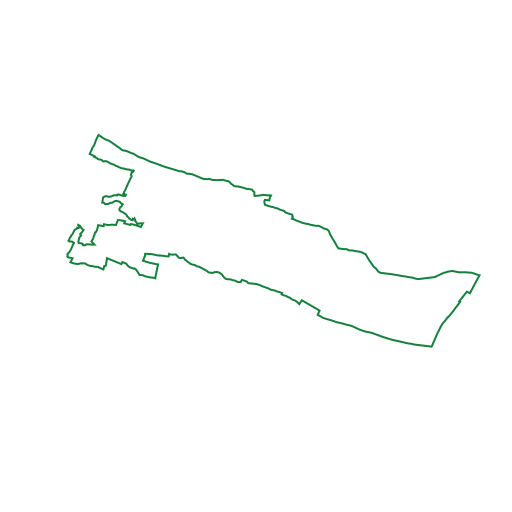 outline of Bogdanita, Vaslui, Romania, rotated 304°
{"feature_id": "2599482B30412636472664", "entity_name": "Bogdanita", "entity_type": "district", "adm_level": 2, "iso_a3": "ROU", "parent_name": "Romania", "parent_adm1": "Vaslui", "projection": "equal_earth", "projection_center": [27.663, 46.443], "detail": "fine", "context": "isolated", "style": "outline", "palette": "green", "viewbox_px": 512, "rotation_deg": 304, "n_neighbors": 0, "source": "geoboundaries", "source_scale": "gbopen_adm2", "svg_char_len": 6084}
<svg xmlns="http://www.w3.org/2000/svg" viewBox="0 0 512 512"><g transform="rotate(304 256 256)"><path d="M344.8,454.2L356.2,452.9L365.0,452.1L364.7,451.5L362.8,444.3L359.4,438.4L356.1,433.6L353.3,426.9L352.2,425.9L350.2,423.7L348.2,422.2L347.4,421.3L338.4,415.9L327.3,403.1L326.1,399.8L325.7,398.1L323.3,393.2L323.1,392.3L322.0,390.3L317.3,379.7L311.8,368.9L311.6,367.9L311.4,366.8L311.6,365.7L312.8,362.1L312.8,360.3L313.2,358.9L316.2,351.2L318.9,345.6L318.4,344.2L318.3,342.4L317.9,340.5L316.2,336.7L315.7,335.9L314.5,332.9L312.7,330.0L312.5,329.4L312.6,328.9L312.3,327.2L310.1,323.8L309.2,321.6L308.4,320.2L309.5,317.3L311.1,314.5L313.1,309.9L314.2,307.9L315.4,305.3L317.4,302.5L317.8,300.0L316.7,296.7L316.6,294.2L316.2,291.7L315.7,290.4L314.7,289.2L313.1,285.5L313.2,285.2L312.3,283.8L311.8,281.5L311.2,280.6L309.6,276.4L307.9,269.4L307.6,266.5L307.0,265.0L308.9,264.8L309.2,263.9L309.9,263.7L310.5,262.8L309.2,258.9L308.6,255.5L309.1,254.7L309.0,254.1L307.8,249.7L307.4,247.0L306.6,245.1L306.2,243.1L305.2,240.7L304.1,237.3L303.5,234.7L305.6,232.5L307.5,232.0L309.5,235.9L310.2,235.5L312.6,234.8L314.5,234.6L314.0,233.5L313.0,232.2L310.8,227.8L308.2,225.2L305.0,221.3L305.4,220.7L307.9,219.0L308.1,218.6L308.2,217.1L308.8,215.8L307.5,212.4L306.4,210.8L305.9,208.6L303.7,202.3L302.9,201.2L301.8,198.8L302.0,196.3L301.9,195.2L302.5,192.9L302.7,191.8L302.6,191.5L301.6,189.0L300.8,186.2L296.8,180.9L294.6,177.0L294.1,175.1L293.6,174.0L293.0,173.4L290.5,169.5L288.1,157.5L286.6,154.2L285.7,152.9L285.5,151.7L285.5,149.8L285.0,148.5L284.8,147.4L283.2,144.6L282.6,142.2L278.7,129.7L277.1,122.8L274.9,114.7L274.3,110.3L273.7,106.8L273.0,105.4L272.7,104.1L272.4,102.4L272.3,97.3L271.6,95.1L271.1,92.1L270.3,89.0L268.9,85.9L269.2,83.4L269.4,71.5L269.3,69.4L268.5,66.5L268.3,63.4L268.3,58.7L268.2,57.8L263.2,58.4L257.4,59.9L253.7,59.9L252.6,60.3L247.6,61.1L248.4,66.6L247.7,66.5L248.2,69.4L247.9,70.4L248.1,71.4L249.0,73.2L249.2,74.2L249.3,75.2L248.9,76.2L249.3,77.1L250.3,77.8L251.0,79.3L251.4,83.8L251.6,85.0L252.3,86.9L252.4,89.8L252.8,90.8L253.0,92.7L253.6,95.6L254.3,96.8L255.7,100.8L256.8,102.6L257.2,105.1L258.5,106.6L258.4,107.0L256.5,106.8L255.6,106.5L254.9,106.4L253.6,106.9L253.2,107.2L252.9,108.0L251.8,108.6L250.9,108.5L243.6,109.6L237.7,110.7L235.2,110.9L233.3,111.3L234.1,113.8L232.7,114.1L231.4,111.8L230.8,110.2L230.3,107.9L230.0,107.3L229.2,107.2L229.0,106.8L228.5,106.9L227.1,104.3L224.7,102.9L223.0,101.2L222.5,100.4L222.1,98.8L221.3,97.6L220.4,97.2L219.4,96.6L219.0,96.5L214.3,98.7L215.1,100.1L214.7,101.4L214.8,102.0L216.5,104.4L218.1,105.2L219.0,106.0L219.3,106.5L219.7,107.0L222.0,108.0L223.0,108.7L223.8,109.8L224.7,112.5L224.6,113.4L224.2,114.3L224.4,116.6L221.7,116.7L220.5,116.2L218.6,116.5L218.3,116.6L217.7,117.2L217.4,118.0L217.4,119.0L217.8,120.4L217.9,124.6L217.3,126.4L216.8,127.0L216.6,129.0L216.1,130.1L216.3,131.1L216.1,131.8L216.7,133.8L217.5,133.6L218.0,133.2L218.3,134.5L219.1,134.4L218.1,136.0L217.3,136.5L217.1,137.7L216.2,139.6L218.9,142.3L218.8,142.9L219.7,143.9L215.6,144.3L215.1,142.0L213.3,136.1L212.5,134.4L211.5,134.5L209.4,128.5L211.6,128.0L210.9,126.1L209.5,123.0L208.5,121.4L203.5,122.6L201.1,118.6L199.8,117.3L199.1,116.1L198.2,114.4L197.3,112.2L195.5,113.0L193.3,107.9L190.9,108.9L188.1,109.8L186.0,109.9L185.8,109.5L185.3,109.5L184.3,109.7L183.7,110.2L181.8,110.4L179.6,111.2L176.1,111.4L175.1,115.7L173.5,113.4L171.9,110.4L170.9,109.0L170.5,108.6L169.5,108.5L168.5,107.3L168.3,106.4L168.5,105.8L169.0,105.7L169.0,104.9L168.9,104.3L167.6,101.9L167.7,101.5L168.0,101.1L169.8,100.2L172.6,99.2L175.2,99.5L175.4,98.5L175.8,98.0L176.4,97.9L177.8,98.4L181.2,98.4L181.4,96.1L182.5,93.3L182.4,91.2L182.1,91.3L181.9,91.7L182.0,92.9L181.5,93.2L179.9,93.3L179.5,92.9L179.3,91.9L178.2,92.0L176.5,91.1L174.8,91.2L171.2,91.7L169.9,91.3L168.7,91.7L167.9,91.5L166.6,91.5L164.6,92.1L163.8,92.0L163.7,93.1L165.0,95.3L165.2,97.6L164.6,97.9L163.1,97.9L158.3,98.9L154.8,99.1L154.0,98.8L152.8,98.9L152.6,98.6L152.1,98.6L150.9,99.6L149.9,100.0L149.8,100.7L151.5,105.2L147.0,105.7L148.2,109.7L149.6,112.7L152.0,114.9L152.3,115.3L152.4,116.0L153.0,116.2L153.5,117.5L154.1,118.0L154.3,118.6L154.2,120.1L154.5,122.5L155.3,124.5L155.9,125.5L157.1,128.6L158.8,131.5L158.6,132.1L159.5,137.0L162.8,135.8L163.5,136.8L164.9,136.5L170.9,133.7L174.0,149.0L176.2,148.6L176.9,151.9L177.0,152.8L176.2,155.4L176.0,157.3L176.8,160.3L176.9,161.3L177.5,161.7L177.8,162.7L177.6,164.4L177.0,165.9L175.9,168.6L175.1,169.8L176.8,173.0L177.2,175.6L178.9,179.9L180.6,183.1L181.2,185.0L182.7,184.2L194.3,179.5L193.4,177.9L192.4,175.3L190.9,171.7L188.9,165.0L193.3,164.0L193.9,164.1L194.5,163.8L194.8,163.3L195.9,162.9L198.8,167.7L200.1,170.5L201.3,173.7L202.4,175.8L202.6,175.7L204.0,178.6L204.6,179.4L205.1,181.0L206.8,183.8L209.2,182.8L209.3,183.8L210.2,185.7L212.4,188.6L212.3,189.8L211.8,191.2L211.4,193.6L212.6,195.3L214.0,196.5L214.0,197.3L213.2,199.5L213.2,201.4L212.9,203.3L213.1,204.7L212.8,205.2L212.8,205.8L213.3,208.0L214.3,210.2L214.4,212.9L214.7,213.6L215.0,213.9L215.5,216.2L216.2,223.9L215.9,225.1L216.0,226.2L217.9,229.8L219.0,230.3L220.7,232.2L221.5,234.1L221.8,236.1L221.7,236.8L221.7,238.1L220.8,240.1L220.2,242.6L220.2,244.1L220.6,245.0L221.9,247.1L222.6,248.7L223.0,250.5L223.4,251.2L224.0,252.8L224.0,254.6L225.6,257.8L228.3,257.7L228.5,258.1L229.6,262.5L229.6,263.2L229.2,264.4L229.2,264.8L230.8,268.0L231.0,268.1L233.0,272.1L233.7,274.2L234.1,275.8L234.4,278.0L236.1,284.5L236.3,287.0L238.0,291.2L238.2,292.0L238.3,293.2L239.2,295.5L239.9,298.4L238.5,298.7L238.9,301.0L239.7,303.3L239.9,306.1L240.3,307.0L240.4,307.9L240.1,309.3L240.2,310.4L241.0,313.8L240.9,315.5L240.3,318.8L244.9,318.7L246.3,339.2L241.7,340.1L242.0,342.6L242.3,346.7L244.8,354.5L246.3,360.1L247.8,363.7L249.7,369.5L251.2,373.4L251.8,375.9L252.8,382.6L254.3,388.3L256.9,394.6L259.2,403.8L259.5,405.4L262.5,415.3L266.7,425.9L267.9,429.4L270.3,434.5L271.0,436.5L279.1,452.3L294.6,449.4L295.9,449.4L300.3,448.7L304.5,448.5L308.1,449.0L312.6,449.2L312.7,449.5L313.9,449.7L319.6,450.2L332.2,450.9L332.1,449.8L344.3,450.8L344.8,454.2Z" fill="none" stroke="#15803d" stroke-width="2"/></g></svg>